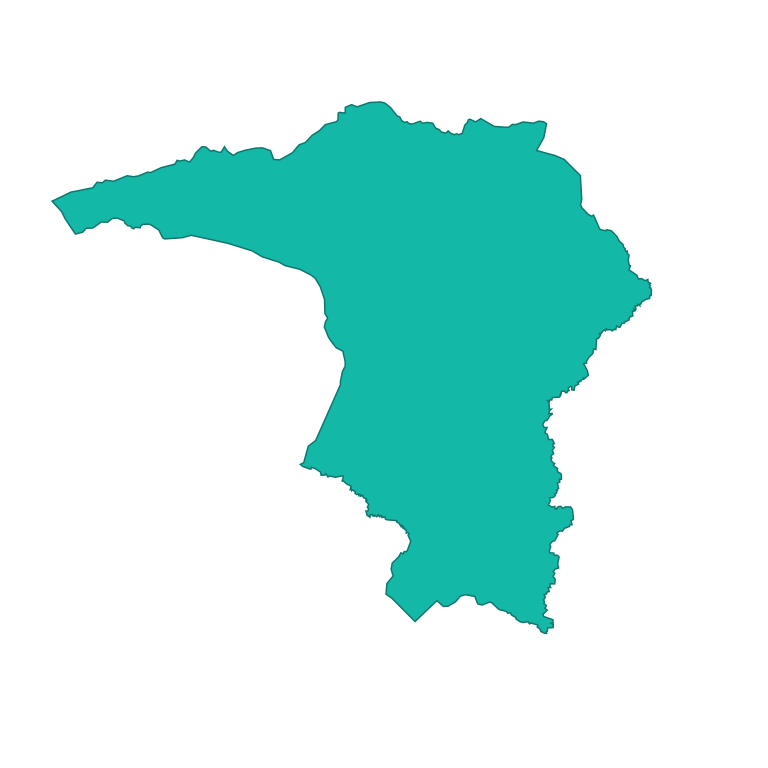 Solwezi, North-Western, Zambia, rotated 347°
{"feature_id": "96606910B85168359517007", "entity_name": "Solwezi", "entity_type": "district", "adm_level": 2, "iso_a3": "ZMB", "parent_name": "Zambia", "parent_adm1": "North-Western", "projection": "albers", "projection_center": [26.494, -12.304], "detail": "fine", "context": "isolated", "style": "filled", "palette": "teal", "viewbox_px": 768, "rotation_deg": 347, "n_neighbors": 0, "source": "geoboundaries", "source_scale": "gbopen_adm2", "svg_char_len": 6171}
<svg xmlns="http://www.w3.org/2000/svg" viewBox="0 0 768 768"><g transform="rotate(347 384 384)"><path d="M360.8,622.4L386.8,607.0L391.8,614.1L396.5,614.9L404.6,612.4L410.4,608.0L415.9,607.6L424.7,611.4L425.9,619.4L429.9,621.4L437.3,620.3L439.6,621.1L445.2,629.5L452.3,633.2L452.8,635.1L455.7,635.3L456.3,637.8L460.0,641.2L459.7,642.5L462.9,646.1L465.8,647.7L470.6,647.9L471.9,650.5L473.3,649.9L479.1,653.1L479.7,654.0L478.6,655.2L480.8,657.8L481.2,660.5L484.3,662.9L486.3,663.5L486.0,662.3L487.5,661.6L488.7,658.5L494.0,659.4L494.9,656.2L493.1,654.7L495.0,654.7L495.6,651.7L487.3,646.4L487.2,644.2L492.2,641.0L490.3,638.8L492.4,636.5L490.4,633.7L491.4,632.5L490.9,630.3L493.3,628.0L492.7,625.2L494.9,625.2L496.5,623.2L498.4,623.4L498.2,619.3L500.6,619.8L500.1,617.6L501.2,616.1L505.3,617.2L506.9,612.7L505.5,609.6L507.8,606.7L506.6,604.8L509.3,602.8L512.8,602.5L512.7,598.4L515.7,592.0L514.5,589.8L511.3,589.2L511.4,586.9L507.5,585.8L507.5,583.7L509.9,580.0L509.3,577.7L512.2,575.5L515.1,575.1L519.8,569.9L518.9,568.2L519.6,567.6L522.6,566.7L524.8,567.5L527.2,565.2L532.6,564.5L533.2,563.1L535.5,563.4L535.5,559.3L537.9,558.6L538.4,557.3L539.4,548.8L538.2,545.8L533.2,544.5L530.1,545.4L528.9,543.1L527.0,542.7L525.0,543.2L524.0,544.8L522.6,544.0L522.9,541.7L519.9,541.7L516.9,538.8L519.8,535.2L519.7,532.2L523.8,532.6L525.9,531.1L525.4,529.8L527.5,529.3L528.1,527.0L528.9,527.0L528.5,526.1L530.7,524.8L530.6,519.7L533.3,519.1L533.5,516.4L535.4,516.8L536.3,512.9L536.2,511.0L533.8,509.1L533.4,506.4L534.2,505.4L530.6,501.6L532.4,499.9L530.5,498.2L529.6,495.0L531.0,494.0L530.2,492.7L531.6,490.8L533.6,490.1L533.1,486.5L535.8,484.1L534.5,482.7L535.1,480.6L536.6,480.4L535.5,475.8L532.0,475.3L531.8,469.9L529.7,467.3L533.1,463.0L530.3,462.5L529.6,459.0L532.4,456.1L534.7,456.1L538.7,452.2L541.1,451.3L541.1,450.4L537.7,450.0L539.4,447.2L541.3,446.1L539.4,445.7L540.5,439.7L539.6,437.2L541.2,438.1L541.5,436.9L543.9,437.3L544.9,435.1L551.8,436.2L553.4,435.2L553.0,434.3L554.6,433.5L554.4,432.1L555.6,431.1L558.3,431.5L558.9,433.3L560.3,433.6L561.4,432.1L562.9,432.1L562.6,429.4L565.4,428.0L566.2,429.3L565.5,431.9L567.8,432.8L569.6,428.8L573.4,428.0L573.1,426.1L573.8,426.7L575.5,425.0L576.3,425.7L578.2,424.0L579.6,424.3L579.7,423.2L580.7,423.8L585.1,421.4L585.1,416.4L583.2,409.1L586.1,409.2L586.2,407.8L589.0,404.6L594.4,401.2L596.0,397.1L598.2,398.1L601.3,387.8L603.1,387.8L605.8,385.4L605.4,383.3L606.7,383.8L610.6,380.5L611.8,382.0L613.1,380.2L614.0,381.6L616.7,381.8L618.3,383.6L621.1,382.5L622.1,383.1L623.7,379.9L625.7,381.7L627.0,381.5L629.5,378.3L632.1,378.7L632.8,377.7L637.2,376.7L638.3,374.0L641.7,373.7L642.4,369.0L644.1,369.2L644.2,367.3L645.4,368.9L646.4,367.7L646.1,364.7L648.3,364.9L648.9,363.4L650.9,365.3L650.8,363.9L652.4,363.8L653.0,362.3L658.0,360.5L662.0,360.4L662.7,358.1L664.2,357.9L665.7,352.7L665.4,350.1L664.3,349.8L665.6,347.9L664.9,346.5L666.3,345.8L664.3,344.0L664.6,341.5L661.8,342.1L658.4,339.1L655.5,338.9L654.9,335.0L648.4,327.9L650.7,324.3L649.6,323.4L649.8,318.3L651.8,313.5L650.6,311.9L650.9,309.2L649.9,309.5L648.8,307.1L649.5,306.6L648.2,304.4L648.3,301.8L645.5,297.8L643.9,292.3L639.9,285.7L635.7,283.8L634.8,284.5L631.3,283.2L629.0,281.5L626.2,266.6L624.0,267.2L621.3,264.9L616.3,256.6L615.9,253.4L618.2,248.6L622.2,225.1L610.1,205.7L601.9,199.8L585.2,190.8L595.1,180.0L600.9,167.0L598.4,164.3L593.9,162.7L588.2,163.4L578.5,160.0L570.7,160.9L567.4,159.9L563.0,161.9L558.7,160.7L549.3,157.8L538.0,147.2L532.2,149.2L527.2,145.3L525.6,145.6L524.0,148.0L521.0,149.9L516.7,157.3L513.0,157.9L511.0,156.5L508.7,156.9L505.4,154.7L503.5,151.8L500.7,153.5L496.6,151.4L494.9,148.4L491.9,146.4L490.1,140.8L484.8,138.8L480.2,138.6L478.4,136.1L469.8,137.1L466.6,135.6L465.6,133.7L462.8,133.8L460.5,131.4L459.4,127.3L457.0,125.6L452.6,116.2L448.2,110.6L444.3,108.5L433.2,106.5L420.2,107.9L415.2,104.5L408.5,105.7L407.2,111.3L401.6,109.3L400.3,109.8L398.6,116.4L396.7,117.7L385.1,118.1L378.1,122.6L370.2,125.4L361.7,131.0L355.0,131.9L346.7,138.1L332.8,142.2L327.0,140.4L325.9,131.1L318.7,126.6L311.9,125.3L301.4,125.0L293.4,125.6L288.6,127.4L283.7,121.8L281.9,116.9L277.7,121.3L275.5,121.2L270.4,117.9L267.4,118.2L263.8,113.1L260.1,111.8L252.3,116.6L249.1,120.6L244.4,124.0L240.0,120.8L235.3,120.9L232.7,119.5L229.9,122.7L215.6,123.1L204.2,125.5L201.3,124.4L191.7,126.0L186.5,125.7L180.6,123.3L166.1,125.6L158.4,122.7L154.9,124.6L149.8,122.9L144.3,127.3L122.2,126.6L101.7,131.2L108.6,143.4L110.5,151.3L117.0,168.5L124.6,168.3L128.8,165.3L135.6,166.5L145.0,162.5L151.1,164.2L156.3,161.6L161.3,162.2L167.5,166.6L167.9,169.2L170.1,172.3L172.8,173.2L173.2,175.1L175.1,176.5L176.3,175.3L181.6,176.9L182.5,175.2L185.5,174.2L191.7,175.6L199.2,183.2L201.2,191.7L203.0,193.3L220.6,196.1L229.6,195.7L263.1,211.6L285.5,224.6L294.1,232.8L308.9,241.5L314.4,246.5L327.6,253.2L337.5,261.5L340.7,265.4L343.8,275.0L345.1,288.2L342.3,302.0L343.9,307.2L341.1,310.0L338.7,315.1L340.5,326.3L342.3,330.9L345.5,337.8L351.3,342.8L351.2,353.3L350.2,357.9L346.4,362.4L341.9,372.2L341.6,374.6L304.7,423.7L296.2,427.6L288.1,442.6L284.4,443.5L286.0,445.8L292.7,450.2L293.8,450.4L294.5,448.8L298.1,451.1L302.4,455.6L302.2,458.8L306.0,459.4L307.2,458.5L308.5,462.0L310.4,461.4L315.6,463.9L323.3,464.1L323.4,465.6L321.1,469.6L322.3,468.8L324.9,472.8L328.9,476.1L327.3,479.4L328.5,479.2L328.5,480.5L329.1,480.0L331.9,482.4L331.2,484.0L332.5,485.6L334.5,485.6L334.4,487.0L335.8,486.1L336.6,486.9L335.9,488.0L338.5,488.1L338.3,490.1L341.0,491.7L340.2,492.8L341.2,493.5L340.0,494.3L342.0,497.8L340.0,500.5L340.8,501.6L340.3,503.4L339.2,504.2L337.8,503.7L338.0,508.2L340.3,510.7L340.8,509.3L341.4,510.0L341.0,508.3L343.2,508.4L343.4,510.0L344.7,510.5L345.0,509.6L347.1,511.7L348.9,510.1L349.7,512.1L350.4,511.3L351.2,512.6L352.3,511.8L352.2,513.7L355.2,513.7L354.9,515.8L355.9,516.8L365.9,520.1L365.4,521.5L367.3,523.1L368.4,526.5L369.5,525.7L369.5,527.4L370.7,527.2L371.2,528.9L370.4,528.9L372.8,531.7L372.2,534.3L373.3,534.0L374.7,535.2L373.4,536.9L374.7,543.2L369.6,551.0L368.2,552.4L366.0,551.8L364.5,553.7L362.5,552.3L359.2,555.9L351.7,560.4L349.3,566.1L349.7,573.1L341.9,579.1L338.7,589.2L343.4,594.4L360.8,622.4Z" fill="#14b8a6" stroke="#0f766e" stroke-width="1.5"/></g></svg>